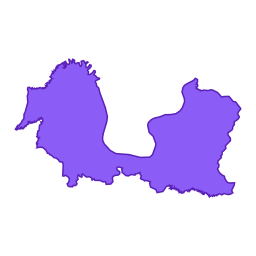 Chiang Saen, Chiang Rai, Thailand (Mercator projection)
{"feature_id": "78962969B57964456122026", "entity_name": "Chiang Saen", "entity_type": "district", "adm_level": 2, "iso_a3": "THA", "parent_name": "Thailand", "parent_adm1": "Chiang Rai", "projection": "mercator", "projection_center": [100.131, 20.291], "detail": "fine", "context": "isolated", "style": "filled", "palette": "violet", "viewbox_px": 256, "rotation_deg": 0, "n_neighbors": 0, "source": "geoboundaries", "source_scale": "gbopen_adm2", "svg_char_len": 5710}
<svg xmlns="http://www.w3.org/2000/svg" viewBox="0 0 256 256"><path d="M195.4,78.3L193.3,80.5L185.5,84.6L184.1,85.8L182.9,87.8L182.0,92.0L184.3,98.4L184.6,101.7L182.3,107.9L180.1,110.8L175.9,113.7L170.5,114.6L165.2,114.7L159.9,116.8L154.4,118.1L151.4,119.6L148.6,122.3L147.8,124.3L147.9,126.6L149.2,132.5L153.2,136.3L155.9,143.8L155.5,146.4L152.5,154.6L150.3,156.7L149.1,157.2L140.1,157.4L129.1,154.6L115.9,153.6L110.4,150.6L104.3,144.0L102.7,140.4L102.6,137.4L103.3,133.3L106.7,121.9L107.4,116.7L105.3,107.6L99.9,92.9L98.7,88.0L96.7,86.1L96.3,83.7L95.4,82.2L95.7,80.6L99.2,79.2L99.5,78.3L97.0,77.6L95.6,75.8L94.1,75.0L94.0,74.3L95.3,72.3L95.2,71.0L94.5,70.6L93.8,70.6L92.6,72.6L90.0,74.5L88.2,74.4L88.5,71.8L87.5,70.4L87.6,69.6L89.4,68.7L91.1,66.6L91.1,65.2L89.7,64.8L87.9,67.4L86.3,67.4L85.8,65.9L86.0,64.0L88.0,62.3L87.2,61.8L85.0,63.1L84.1,61.1L83.1,60.6L81.1,61.4L81.7,64.5L80.9,66.3L80.0,66.0L79.0,62.7L77.7,62.7L76.0,63.7L74.8,63.4L74.5,60.3L72.9,59.2L72.4,59.8L72.9,62.2L71.9,62.9L71.7,61.3L70.2,60.9L69.5,59.5L68.8,59.4L69.7,63.0L69.0,64.3L67.8,64.3L66.7,63.6L65.6,61.4L64.2,61.9L64.1,63.2L65.8,64.4L66.2,65.6L65.6,67.4L64.3,68.2L63.5,67.9L64.2,67.7L64.8,65.5L63.6,65.0L63.3,63.4L62.6,62.8L60.2,64.8L58.8,64.9L58.6,65.7L57.5,65.5L57.6,66.7L56.5,66.6L55.9,68.1L56.8,68.1L56.9,67.4L57.5,67.9L55.8,68.7L55.4,70.8L54.2,70.0L53.8,72.3L53.5,71.7L53.0,72.0L52.4,71.6L52.7,73.7L51.6,74.0L51.1,76.0L50.0,76.8L52.0,78.4L51.5,78.4L51.4,79.7L50.1,81.4L49.9,80.3L49.4,80.6L49.9,81.9L48.9,82.1L49.2,82.8L48.0,82.5L48.0,82.9L47.4,82.7L46.0,83.6L47.3,85.2L46.9,85.9L45.8,85.7L46.6,86.6L45.3,87.3L45.7,87.6L45.1,88.3L44.2,88.0L43.0,88.9L42.4,88.7L42.7,87.8L40.8,88.1L40.0,87.5L39.1,87.8L38.8,88.5L37.7,88.2L37.2,88.7L36.6,88.2L35.9,89.0L34.4,88.2L33.9,88.9L32.7,88.6L31.7,89.2L31.3,88.5L31.7,88.0L30.8,88.3L29.1,87.2L27.9,87.6L27.5,89.5L28.2,91.5L28.2,93.4L27.3,96.0L27.8,102.4L25.1,112.2L24.0,114.5L23.9,118.7L22.3,120.5L21.1,123.0L19.1,124.9L19.1,125.8L17.7,125.5L15.4,129.3L16.6,129.9L17.3,129.5L17.3,128.4L18.2,128.5L18.3,128.0L19.1,128.5L19.1,129.0L20.4,128.8L20.6,128.0L21.1,128.3L21.6,127.5L22.0,128.7L23.0,128.8L23.3,127.8L24.0,127.9L24.6,126.7L25.4,126.5L25.4,125.8L26.2,125.9L26.2,125.3L28.5,124.0L27.9,123.1L28.8,122.4L28.4,121.6L29.6,121.5L29.6,122.8L30.4,123.2L31.5,123.0L31.5,122.2L32.6,122.8L33.1,121.8L34.1,122.5L34.9,121.9L34.9,121.3L36.0,121.9L38.5,119.1L39.1,119.5L38.6,120.5L39.5,119.8L39.3,118.5L40.4,118.9L41.1,117.4L41.6,117.6L41.6,118.9L42.6,118.9L42.8,121.6L42.1,122.1L41.0,121.8L40.9,122.6L41.8,123.7L39.5,125.2L39.1,130.3L37.7,131.2L37.9,132.3L37.1,133.8L37.6,135.2L36.7,136.5L37.2,137.1L39.3,137.5L38.1,138.7L38.5,139.7L36.6,142.7L36.6,143.3L37.4,143.5L36.7,144.2L37.4,144.9L36.9,146.3L37.5,147.0L37.0,147.7L40.3,147.2L42.9,147.6L46.0,150.3L47.5,153.3L48.8,153.3L49.7,154.7L51.3,155.2L54.1,157.7L56.1,158.0L58.7,160.1L59.3,161.5L62.7,162.4L63.2,165.4L62.7,175.9L64.0,176.1L65.2,175.3L67.9,176.6L69.4,178.8L68.7,182.3L67.1,183.8L68.0,185.9L69.1,186.6L72.5,186.8L73.3,185.5L75.7,185.5L77.0,183.9L76.1,181.2L78.1,179.3L77.6,177.9L78.0,175.1L78.6,174.9L79.9,176.5L81.8,177.1L82.1,176.5L81.6,174.9L82.5,174.0L86.3,177.0L89.4,176.7L91.5,177.9L92.1,180.1L94.0,178.8L94.8,180.3L100.3,180.5L103.0,181.9L105.4,181.6L106.2,184.4L110.9,184.0L112.9,181.6L112.4,177.9L112.9,176.6L114.9,175.4L118.1,175.1L119.7,173.9L119.7,171.7L117.5,170.2L116.7,168.9L117.1,167.4L118.5,166.9L122.6,168.1L121.7,169.5L122.3,171.7L122.0,172.3L125.9,175.6L128.5,175.9L131.1,174.5L135.0,175.1L135.4,173.8L137.1,173.8L139.9,172.5L140.1,174.4L141.3,175.7L140.5,178.2L141.1,179.1L143.9,180.1L144.4,180.9L146.1,180.5L150.4,181.7L149.6,183.4L150.6,187.1L155.9,189.6L157.1,192.6L162.9,191.5L166.3,186.6L169.4,185.2L170.3,185.5L169.9,186.1L170.3,186.0L170.7,186.9L171.8,186.1L171.2,187.8L170.9,187.4L169.8,188.4L170.4,188.4L171.2,189.4L172.2,188.2L173.0,188.8L173.8,188.4L174.3,187.4L174.5,188.9L175.0,189.0L175.9,188.2L176.4,188.5L176.3,189.9L178.6,189.1L177.8,189.9L178.7,190.0L178.4,190.9L179.2,190.8L179.1,191.4L179.5,191.4L179.2,192.6L180.1,192.7L181.2,191.8L181.9,193.2L183.6,192.6L183.4,191.8L184.2,191.9L185.2,190.6L186.8,190.3L187.9,191.5L188.7,189.9L189.3,190.8L189.4,190.0L190.2,190.4L191.3,188.8L191.7,189.1L192.1,188.7L192.4,189.3L192.6,189.4L193.0,188.4L193.4,189.0L193.8,188.7L194.7,189.3L194.2,190.6L195.1,189.8L196.8,189.6L197.2,190.0L197.2,191.0L198.3,191.3L198.3,190.4L199.7,190.4L199.4,191.6L200.2,191.4L200.4,192.2L201.9,191.1L202.5,191.9L202.3,192.3L202.8,192.4L202.0,193.3L202.8,193.5L202.6,194.0L203.1,194.3L204.0,194.4L204.7,192.6L205.0,193.0L206.1,192.7L206.6,193.6L207.6,193.6L207.6,194.6L208.6,195.1L208.6,195.7L208.1,195.9L208.9,195.9L209.4,195.4L209.5,196.8L210.6,196.0L212.1,195.7L212.4,196.2L213.2,195.4L213.2,195.9L213.9,195.6L214.4,196.1L215.2,195.2L216.7,195.6L216.9,194.8L217.8,195.0L218.6,194.0L219.5,193.7L221.7,194.9L223.9,193.5L228.3,194.6L230.5,194.1L232.8,192.8L231.6,190.5L234.2,185.1L234.5,182.8L229.4,183.0L227.7,182.5L226.3,181.1L224.8,178.3L224.4,176.2L221.9,174.9L219.4,172.6L217.7,169.5L217.6,168.4L218.7,167.1L218.9,165.4L218.8,164.1L217.5,163.0L218.3,160.7L221.4,157.5L220.8,155.9L222.1,154.7L222.1,151.9L224.2,150.4L225.9,148.3L225.4,145.8L230.4,140.7L230.4,138.3L228.1,135.1L227.8,133.0L231.9,130.0L232.6,128.8L232.8,126.5L234.3,124.8L234.3,121.7L237.7,119.5L239.1,117.6L239.2,116.4L237.6,114.1L238.6,111.6L240.6,109.1L240.6,108.4L235.5,101.8L233.3,101.6L229.0,96.4L223.8,96.5L221.8,97.2L217.6,92.5L212.5,90.0L210.7,89.8L208.1,90.6L203.9,90.1L200.5,90.9L200.0,89.9L198.8,89.9L198.0,89.0L196.7,88.8L196.2,88.2L196.8,87.4L196.5,87.0L197.0,87.1L197.7,86.0L197.7,85.0L197.3,84.1L196.3,84.1L197.5,81.9L197.5,79.5L195.4,78.3Z" fill="#8b5cf6" stroke="#5b21b6" stroke-width="1.5"/></svg>